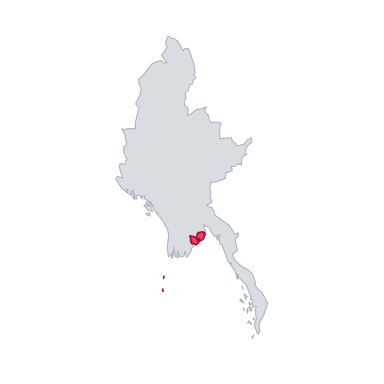 Yangon (South), Yangon, Myanmar (highlighted), rotated 346°
{"feature_id": "60261553B83294236469928", "entity_name": "Yangon (South)", "entity_type": "district", "adm_level": 2, "iso_a3": "MMR", "parent_name": "Myanmar", "parent_adm1": "Yangon", "projection": "mercator", "projection_center": [96.21, 15.522], "detail": "fine", "context": "in_parent", "style": "filled", "palette": "rose", "viewbox_px": 384, "rotation_deg": 346, "n_neighbors": 0, "source": "geoboundaries", "source_scale": "gbopen_adm2", "svg_char_len": 7361}
<svg xmlns="http://www.w3.org/2000/svg" viewBox="0 0 384 384"><g transform="rotate(346 192 192)"><path d="M246.6,177.6L242.9,175.8L240.2,177.5L236.1,176.9L236.5,180.4L234.2,181.6L230.0,181.3L227.6,186.8L218.9,188.2L213.3,187.2L210.2,192.0L210.0,197.5L208.4,200.8L209.1,206.6L205.4,208.1L203.2,207.7L204.4,210.4L207.3,211.5L209.0,217.4L208.5,219.7L220.0,233.3L223.5,243.9L226.3,242.5L227.1,243.6L226.0,246.4L222.4,248.5L221.9,259.7L216.1,262.4L216.3,266.1L217.0,268.7L222.1,276.1L227.8,281.2L231.0,286.6L231.6,294.5L230.8,297.7L232.3,302.4L235.3,305.5L238.6,317.9L231.9,328.8L225.0,335.9L224.2,343.5L222.0,346.0L220.9,343.6L220.4,335.7L223.7,330.7L224.8,321.0L226.9,318.9L225.8,318.0L223.1,318.6L224.1,310.8L222.6,310.4L223.8,308.8L222.2,295.6L217.0,286.3L216.2,282.3L215.4,287.7L214.8,286.7L214.7,279.4L211.7,271.4L212.0,270.7L213.4,271.4L212.1,269.6L211.0,270.0L210.1,268.0L208.5,251.4L206.5,249.0L207.3,241.8L208.8,240.0L203.2,240.7L200.7,234.7L200.5,231.3L195.0,226.3L195.9,227.8L195.0,229.5L195.9,232.4L193.6,237.7L191.4,240.1L188.3,241.0L186.0,239.5L185.5,236.8L184.5,236.7L186.6,242.0L177.8,246.6L176.5,249.7L171.9,253.9L170.5,253.3L171.2,247.7L168.5,252.2L164.8,252.3L164.1,246.3L162.6,249.8L160.4,250.9L161.1,240.9L160.5,243.8L156.9,247.8L153.5,249.1L154.3,240.8L158.9,227.8L159.3,223.5L156.8,213.0L152.7,204.2L153.9,204.0L151.1,201.5L150.7,194.9L149.0,197.3L148.9,201.4L145.3,199.3L142.0,193.5L143.3,193.0L147.2,195.7L149.4,194.2L149.9,192.3L143.9,186.7L145.4,184.4L143.4,184.5L138.1,181.8L136.7,182.3L137.3,184.7L136.2,185.3L134.2,181.7L135.7,179.9L134.4,179.9L135.3,176.6L134.8,176.1L132.3,180.4L130.9,179.4L132.5,177.2L131.8,176.0L129.6,173.5L129.8,178.0L124.4,170.9L121.3,161.2L123.6,158.7L127.9,161.5L127.5,149.5L129.3,146.9L133.6,149.1L134.9,146.0L136.6,145.2L135.4,136.9L136.8,131.5L139.7,130.6L140.4,126.3L140.7,120.4L139.3,113.8L142.0,115.3L145.0,114.8L152.0,117.0L154.6,109.3L161.1,96.7L158.7,93.8L159.1,92.0L164.9,85.3L167.8,79.3L166.6,74.0L167.8,69.5L173.1,66.7L184.5,57.8L193.1,56.6L196.6,60.1L198.9,60.4L195.4,52.0L202.6,45.8L202.4,40.7L205.8,35.5L207.7,35.7L209.4,38.3L211.3,38.3L214.6,42.1L217.8,52.7L220.2,50.8L223.4,52.3L224.8,67.8L223.9,76.7L222.0,78.8L223.4,82.5L220.4,83.8L218.4,87.3L215.3,87.6L213.3,92.4L210.2,93.2L208.6,96.9L209.0,99.8L206.5,101.5L205.7,106.4L207.8,108.3L208.5,110.9L206.2,116.4L208.1,116.6L216.4,113.0L222.3,113.7L226.3,112.8L223.8,116.5L226.2,121.4L226.7,128.8L235.5,130.9L236.9,132.8L234.9,135.1L231.9,147.0L243.3,148.7L243.7,153.3L246.1,154.9L246.5,157.5L248.0,158.3L254.2,158.1L257.8,155.0L262.5,153.7L262.7,156.3L261.7,158.2L256.6,160.8L253.1,166.2L252.9,167.4L254.5,168.5L248.6,170.7L246.6,177.6ZM145.5,190.4L149.1,192.5L148.4,194.2L146.1,194.3L144.4,191.4L145.5,190.4ZM218.0,303.4L220.3,306.7L218.0,309.0L218.0,303.4ZM145.1,205.0L143.2,203.7L141.9,201.9L146.0,201.9L145.1,205.0ZM221.3,317.5L221.4,321.8L219.9,321.4L219.0,317.8L221.3,317.5ZM158.9,249.0L156.5,251.8L156.1,249.4L159.5,246.0L158.9,249.0ZM206.4,245.2L204.9,244.3L204.7,241.8L205.9,241.0L206.8,242.3L206.4,245.2ZM216.6,322.8L216.3,321.4L217.8,317.9L217.6,320.9L216.6,322.8ZM215.7,330.8L217.7,334.0L217.4,334.7L215.5,332.1L214.4,332.3L215.7,330.8ZM222.7,315.1L220.6,316.0L220.4,313.0L222.7,315.1ZM217.7,345.7L215.0,348.5L215.3,346.9L217.7,345.7ZM133.6,182.2L134.6,185.8L132.9,181.5L133.6,182.2ZM218.1,296.6L218.0,299.3L217.3,295.0L218.1,296.6ZM142.0,184.8L142.3,187.1L140.7,183.8L142.0,184.8ZM215.2,312.0L213.7,310.6L214.2,309.7L215.0,309.9L215.2,312.0ZM214.1,308.1L213.1,309.9L212.1,308.8L212.9,308.0L214.1,308.1ZM214.4,318.7L214.4,320.2L213.3,316.6L214.4,318.7ZM162.7,252.3L161.6,252.2L163.0,250.4L163.2,251.1L162.7,252.3ZM221.6,331.1L220.6,330.8L221.4,329.1L221.6,331.1Z" fill="#d9dde1" stroke="#a8b0b8" stroke-width="1"/><path d="M187.5,232.9L187.8,233.0L187.8,233.3L187.5,233.3L187.4,233.4L187.3,233.5L187.2,233.6L187.3,233.8L187.3,234.0L187.1,234.1L187.0,234.3L186.9,234.4L187.0,234.5L186.9,234.6L186.7,234.8L186.5,235.1L186.5,235.4L186.4,235.7L186.3,235.8L186.1,235.8L185.9,236.1L185.6,236.4L185.2,236.5L184.9,236.6L184.9,237.0L185.1,237.2L185.1,237.4L185.1,237.7L185.2,238.0L185.3,238.2L185.7,238.6L185.7,238.8L185.7,239.0L185.6,239.3L185.9,239.8L185.9,239.7L186.0,239.4L186.3,239.3L186.3,239.2L186.5,239.2L186.8,238.9L186.9,239.0L187.3,238.9L187.4,239.0L187.6,239.1L187.9,239.2L188.0,239.3L188.1,239.1L188.4,239.2L188.5,239.1L188.9,239.3L188.8,239.2L188.6,239.2L188.4,239.3L188.2,239.3L188.2,239.2L188.0,239.3L187.9,239.3L187.7,239.1L187.3,239.0L187.2,239.0L186.8,239.0L186.6,239.1L186.4,239.3L186.0,239.5L186.0,239.9L186.0,240.1L186.3,240.3L186.5,240.4L186.9,240.6L187.1,240.7L187.5,241.1L187.7,241.4L187.9,241.4L188.2,241.4L188.3,241.5L188.7,241.4L189.2,241.4L189.6,241.2L190.3,241.0L190.5,240.9L191.2,240.5L191.7,240.2L191.8,240.1L192.8,238.9L193.0,238.6L193.0,238.4L192.9,238.3L192.9,238.1L193.0,237.8L193.0,237.6L193.1,237.4L193.2,237.2L193.3,237.2L193.5,237.0L193.5,236.9L193.7,236.6L193.8,236.6L194.0,236.5L194.0,236.9L194.3,236.9L194.4,236.5L194.6,236.2L194.7,235.9L194.4,235.6L194.2,235.5L194.3,235.5L194.2,235.4L194.1,235.5L194.1,235.4L194.0,235.2L193.9,235.0L194.0,234.9L193.9,234.9L193.9,234.7L193.8,234.4L193.8,234.2L193.7,234.3L193.7,234.2L193.5,233.9L193.4,233.9L193.3,234.0L193.2,234.1L192.9,233.9L192.8,233.7L192.8,233.4L192.7,233.3L192.4,233.4L192.3,233.2L192.0,233.0L191.9,232.9L191.6,233.0L191.3,233.0L191.2,233.1L190.9,233.2L190.7,233.1L190.4,233.2L190.0,233.1L189.7,233.0L189.4,233.1L189.5,233.1L189.4,233.2L189.2,233.1L189.2,233.3L189.1,233.5L188.6,233.3L188.4,233.3L188.3,233.2L188.2,233.1L187.9,233.2L188.0,233.0L187.9,232.9L187.5,232.9ZM178.9,241.1L178.8,241.3L178.8,241.5L179.0,241.7L179.3,241.6L179.5,241.8L179.4,242.0L179.5,242.2L179.6,242.3L179.8,242.5L180.1,242.6L180.4,242.6L180.9,242.5L181.2,242.5L181.4,242.6L181.5,242.7L181.7,242.8L181.8,243.0L182.2,243.2L182.5,243.3L182.5,243.5L183.1,243.9L183.3,244.0L183.6,244.0L184.0,243.9L184.3,243.7L184.8,243.5L185.2,243.4L185.5,243.3L185.8,243.2L186.1,243.0L186.2,242.7L186.4,242.7L186.5,242.4L186.6,242.2L186.7,241.9L186.0,241.3L185.7,240.9L185.5,240.4L185.4,240.2L185.3,239.9L185.2,239.5L185.2,239.4L185.3,239.2L185.4,238.9L185.4,238.6L185.1,238.5L185.0,238.4L184.9,238.2L184.7,237.8L184.5,237.2L184.2,236.9L183.7,236.7L183.4,236.9L183.5,236.8L183.6,236.7L183.4,236.6L183.2,236.5L183.3,236.1L183.2,235.8L183.1,235.7L182.9,235.7L182.7,235.6L182.2,235.2L181.9,235.4L181.6,235.3L181.7,235.2L181.2,235.0L181.1,234.9L180.8,234.7L180.7,234.7L180.4,234.7L180.2,234.6L180.3,234.5L180.3,234.4L180.0,234.3L180.0,234.2L179.9,234.2L179.8,234.3L179.6,234.3L179.7,234.5L179.7,234.4L179.8,234.4L179.8,234.5L179.7,234.6L179.4,234.5L179.2,234.6L179.0,234.9L179.0,235.0L179.2,235.3L179.4,235.8L179.5,236.1L179.5,236.3L179.6,236.5L179.6,236.9L179.6,237.1L179.5,237.4L179.5,237.5L179.3,237.6L179.2,237.6L178.9,237.8L178.8,238.3L178.8,238.5L179.0,238.8L178.8,239.0L178.8,239.4L178.9,239.6L179.0,240.0L179.3,240.2L179.6,240.0L179.7,240.3L179.6,240.5L178.9,241.1ZM140.0,281.3L140.0,280.9L140.1,280.5L140.2,280.0L140.1,279.8L140.0,279.7L140.0,279.4L139.7,279.6L139.9,280.4L139.8,280.7L139.8,280.8L139.9,281.3L140.0,281.3ZM143.9,268.3L144.1,267.9L144.3,267.8L144.3,267.4L144.3,267.2L144.0,267.4L143.9,267.8L143.8,268.2L143.8,268.4L143.9,268.3ZM183.7,244.3L183.8,244.2L184.1,243.9L183.9,244.0L183.6,244.1L183.7,244.3Z" fill="#f43f5e" stroke="#9f1239" stroke-width="1.5"/></g></svg>